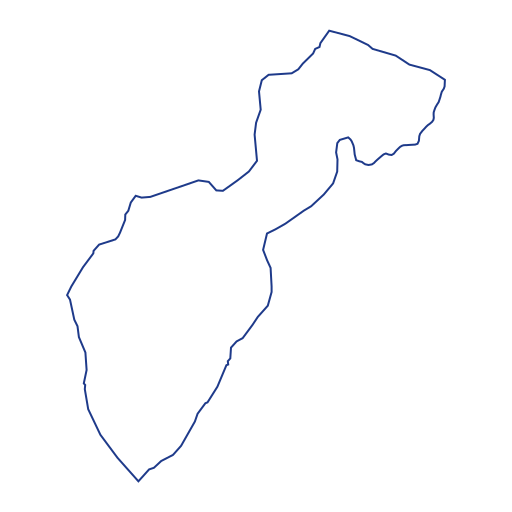 Zaragoza, Chimaltenango, Guatemala (Natural Earth projection)
{"feature_id": "79465075B82010668835108", "entity_name": "Zaragoza", "entity_type": "district", "adm_level": 2, "iso_a3": "GTM", "parent_name": "Guatemala", "parent_adm1": "Chimaltenango", "projection": "natural_earth1", "projection_center": [-90.857, 14.68], "detail": "fine", "context": "isolated", "style": "outline", "palette": "blue", "viewbox_px": 512, "rotation_deg": 0, "n_neighbors": 0, "source": "geoboundaries", "source_scale": "gbopen_adm2", "svg_char_len": 1897}
<svg xmlns="http://www.w3.org/2000/svg" viewBox="0 0 512 512"><path d="M444.9,79.8L429.9,70.1L409.4,64.6L395.7,55.6L372.6,48.9L368.1,45.0L349.7,36.1L329.2,30.7L320.4,43.1L319.5,47.0L315.2,48.9L313.1,53.5L302.8,63.6L298.3,69.3L291.7,73.3L268.6,74.8L261.8,80.2L259.0,91.4L260.7,109.7L256.1,122.7L254.6,134.6L257.0,160.8L248.9,171.5L237.5,180.4L222.9,190.8L216.3,190.4L208.8,181.9L198.4,180.4L150.3,196.9L141.6,197.6L135.7,195.8L130.8,202.5L128.3,210.8L125.3,214.5L125.1,220.0L120.0,232.7L118.2,236.4L115.4,239.4L99.1,244.6L93.6,250.8L93.3,253.4L83.0,267.2L71.3,286.5L67.1,295.1L70.0,299.6L74.3,319.7L77.5,326.2L78.9,337.1L85.4,352.5L86.6,370.0L83.8,383.4L85.2,385.0L84.8,389.1L88.2,409.2L100.4,434.8L117.5,457.8L138.4,481.3L149.1,469.4L153.9,467.8L161.2,461.0L173.0,454.9L181.1,445.8L194.9,421.5L197.6,413.7L205.4,403.2L207.5,402.4L217.4,386.7L226.4,365.2L228.2,364.5L227.8,361.2L230.3,358.4L231.0,347.6L236.6,341.4L242.7,338.1L252.5,324.9L257.8,316.9L267.8,305.7L271.6,292.0L271.6,286.5L270.6,267.9L267.1,260.3L263.1,249.9L267.0,233.5L275.5,229.3L285.5,223.6L303.9,210.6L311.2,206.2L323.8,194.5L333.1,183.4L337.2,171.6L337.5,159.4L336.1,152.4L337.3,143.1L339.8,139.9L348.2,137.4L350.5,139.5L351.7,141.3L353.4,145.3L354.0,147.9L354.7,154.5L356.2,160.2L359.3,161.3L361.9,161.9L363.5,163.2L365.2,164.3L368.5,165.0L371.9,164.4L374.0,163.0L375.4,161.5L377.0,160.0L378.7,158.5L381.5,156.1L383.6,154.4L385.9,153.5L388.8,154.6L391.6,155.0L393.8,153.7L396.0,150.9L398.8,148.1L400.2,146.8L402.1,145.7L403.8,145.2L406.9,145.1L409.7,144.9L415.1,144.6L417.5,143.8L418.9,140.8L419.3,136.2L420.1,133.8L422.4,130.8L424.5,128.6L426.2,126.7L427.9,125.1L429.9,123.7L432.1,121.8L433.4,119.9L433.8,117.9L433.6,114.3L433.7,112.3L434.4,110.1L435.4,107.4L437.2,104.3L438.6,102.2L439.5,99.6L440.4,96.8L440.9,94.7L441.8,91.7L443.8,88.7L444.6,86.4L444.7,84.1L444.9,79.8Z" fill="none" stroke="#1e3a8a" stroke-width="2"/></svg>